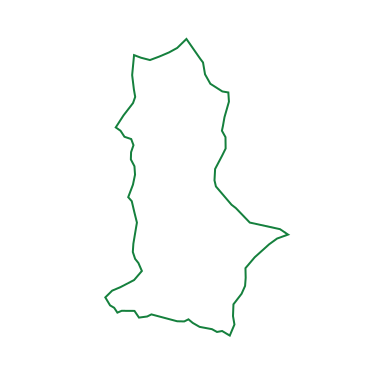 Dababa, Hadjer-Lamis, Chad (Equal Earth projection), rotated 202°
{"feature_id": "50815135B80092252042653", "entity_name": "Dababa", "entity_type": "district", "adm_level": 2, "iso_a3": "TCD", "parent_name": "Chad", "parent_adm1": "Hadjer-Lamis", "projection": "equal_earth", "projection_center": [16.914, 12.314], "detail": "fine", "context": "isolated", "style": "outline", "palette": "green", "viewbox_px": 384, "rotation_deg": 202, "n_neighbors": 0, "source": "geoboundaries", "source_scale": "gbopen_adm2", "svg_char_len": 1171}
<svg xmlns="http://www.w3.org/2000/svg" viewBox="0 0 384 384"><g transform="rotate(202 192 192)"><path d="M232.9,61.8L225.5,56.2L220.8,55.5L216.0,52.2L212.7,55.5L200.8,60.2L194.1,55.7L186.9,59.8L183.8,63.3L157.3,66.6L150.7,69.1L147.6,72.6L142.3,70.9L134.4,69.8L122.1,72.3L116.4,71.6L112.0,74.4L103.2,73.0L103.0,85.0L107.5,92.3L111.5,103.4L107.9,116.2L107.6,124.8L110.1,132.6L113.9,141.4L109.4,155.0L100.9,172.4L95.7,180.7L87.0,188.5L96.5,190.5L127.0,185.3L145.3,193.5L150.6,195.0L171.9,206.1L175.5,211.2L179.2,222.0L177.7,236.9L177.1,244.9L181.5,255.4L187.2,260.0L188.1,265.0L189.9,273.5L191.6,289.6L195.6,297.9L201.5,296.6L215.5,299.2L224.0,306.0L230.3,316.2L234.1,318.5L242.7,324.1L254.5,331.8L259.7,320.0L265.6,312.8L273.2,305.2L280.4,298.6L289.5,297.4L297.0,297.2L291.3,278.0L284.4,265.5L280.3,258.9L280.0,252.4L284.2,237.4L286.9,223.3L281.2,222.0L275.3,217.9L268.2,218.3L263.8,213.5L263.4,206.1L260.9,199.3L255.0,194.3L251.3,186.7L249.5,176.7L249.2,163.3L244.4,160.9L237.9,151.7L231.6,143.0L230.5,137.9L227.0,122.1L224.4,114.2L219.7,108.7L215.1,106.1L208.9,100.0L212.7,88.7L222.6,77.1L229.1,70.6L232.9,61.8Z" fill="none" stroke="#15803d" stroke-width="2"/></g></svg>